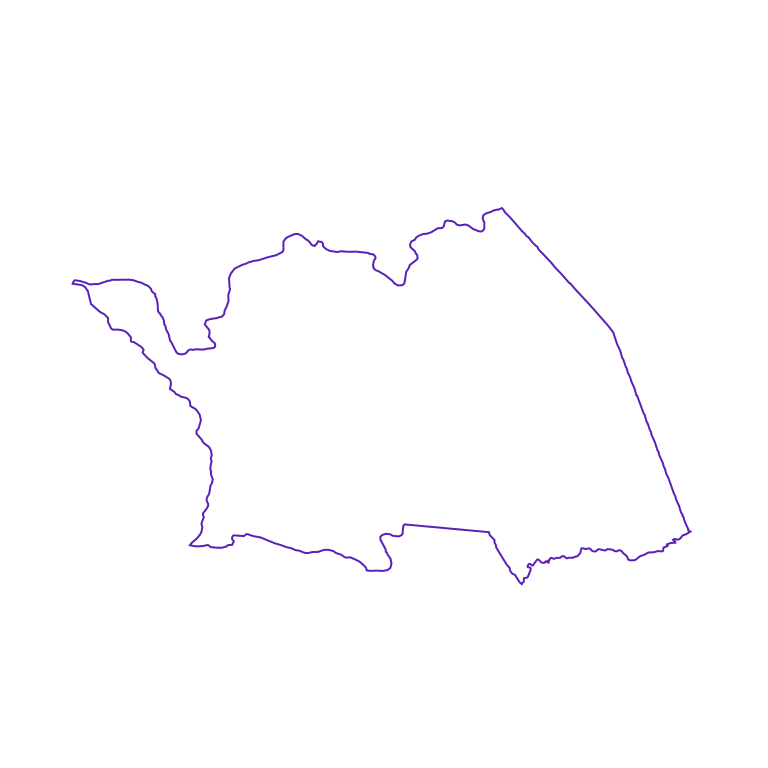 Los Amates, Izabal, Guatemala (Equal Earth projection), rotated 276°
{"feature_id": "79465075B97671971478727", "entity_name": "Los Amates", "entity_type": "district", "adm_level": 2, "iso_a3": "GTM", "parent_name": "Guatemala", "parent_adm1": "Izabal", "projection": "equal_earth", "projection_center": [-89.106, 15.292], "detail": "fine", "context": "isolated", "style": "outline", "palette": "violet", "viewbox_px": 768, "rotation_deg": 276, "n_neighbors": 0, "source": "geoboundaries", "source_scale": "gbopen_adm2", "svg_char_len": 6149}
<svg xmlns="http://www.w3.org/2000/svg" viewBox="0 0 768 768"><g transform="rotate(276 384 384)"><path d="M196.8,386.3L196.7,389.8L197.7,396.6L197.9,402.0L199.3,406.9L201.7,409.5L206.1,410.2L211.0,408.7L214.7,405.4L216.9,404.3L217.3,403.3L219.7,402.9L228.7,396.8L231.6,396.3L233.5,397.9L235.1,401.2L235.3,405.4L234.0,408.4L233.9,411.1L234.0,414.6L235.2,416.8L236.5,418.1L243.4,418.0L245.8,418.4L246.5,419.2L247.6,503.8L244.7,505.0L240.4,510.2L237.8,510.5L235.9,511.9L233.0,512.8L217.4,524.7L214.2,528.2L211.9,528.8L210.4,529.8L208.8,531.4L207.8,534.3L201.3,539.3L199.4,541.9L200.6,542.3L201.7,543.6L205.4,543.5L206.4,546.5L207.2,547.2L214.7,549.3L216.2,549.1L216.6,548.6L216.9,546.1L218.1,545.9L219.7,546.6L220.2,547.1L220.3,548.3L219.1,549.8L219.0,550.9L225.3,554.6L225.6,555.5L225.2,556.5L222.9,559.2L222.8,561.7L223.0,562.4L224.4,563.2L223.6,566.4L224.4,566.5L225.4,565.5L226.4,567.0L227.8,567.4L228.6,568.3L227.9,571.2L229.1,573.8L229.5,577.1L231.4,579.2L231.5,580.1L231.3,581.3L229.7,583.8L230.7,586.8L230.9,590.0L232.0,591.6L232.8,594.1L234.0,595.2L236.4,596.9L240.4,597.3L241.1,597.5L241.4,598.3L241.0,602.3L241.9,604.5L241.9,605.4L241.5,606.5L240.1,608.0L239.5,609.4L239.4,610.6L239.9,612.5L242.0,614.2L242.2,615.3L241.5,620.8L241.7,621.7L243.1,623.5L243.2,626.1L243.0,628.9L242.1,630.3L241.8,632.5L243.3,635.2L243.1,636.7L242.8,637.5L240.5,639.9L238.4,643.3L234.8,645.4L234.4,647.6L234.8,650.8L235.5,652.7L239.3,656.4L241.5,660.9L244.0,664.4L245.0,670.5L246.4,673.4L246.6,678.2L247.2,678.9L250.7,679.2L252.3,682.7L253.0,683.0L253.5,682.2L254.4,682.5L256.0,686.2L256.6,690.3L257.9,689.9L259.1,687.8L259.9,688.2L260.2,689.6L259.9,692.6L260.4,693.7L261.7,695.1L264.6,696.8L266.2,700.2L269.2,704.1L270.3,701.8L271.2,701.8L279.0,697.3L283.1,695.6L284.0,694.7L284.9,694.8L287.5,692.7L294.0,690.0L299.2,686.8L302.9,685.4L304.9,684.0L320.2,676.7L323.8,674.3L329.6,672.0L330.9,670.9L334.7,669.5L342.2,665.1L345.3,664.1L346.5,663.0L354.4,659.5L362.3,654.9L363.8,654.8L366.4,653.0L371.4,650.9L372.1,650.1L373.2,650.0L374.1,649.0L380.6,646.5L381.5,645.5L399.0,636.9L399.1,636.2L406.2,633.4L412.2,629.8L416.2,628.2L421.3,625.0L424.9,623.8L426.4,622.6L433.5,619.4L434.9,618.1L441.9,615.4L447.7,611.8L459.4,606.5L465.2,601.0L483.5,581.2L498.2,564.3L503.0,559.3L504.3,557.1L511.0,550.0L518.4,541.3L522.2,537.6L534.2,523.5L536.5,522.2L537.7,520.0L540.7,516.4L545.0,512.4L546.1,510.1L548.3,508.3L550.4,505.3L562.8,492.1L567.6,486.1L569.3,485.0L571.3,482.9L569.3,479.4L569.3,478.3L567.6,474.0L566.3,472.3L564.4,467.8L562.3,465.2L559.3,464.8L556.3,466.0L555.6,466.8L548.9,467.5L547.0,466.5L545.8,464.7L545.8,462.4L547.4,456.5L550.4,451.6L551.1,448.3L549.6,442.5L550.2,439.6L552.2,437.3L553.0,434.9L553.2,429.6L551.8,427.6L547.2,427.0L545.7,426.0L544.9,424.4L544.5,421.0L540.1,415.5L537.9,411.0L537.3,407.3L534.7,402.4L532.7,400.5L530.8,399.7L528.7,396.5L527.8,395.9L525.1,395.4L522.8,396.1L519.2,400.9L516.7,402.2L516.1,403.4L512.6,404.3L510.9,403.4L505.1,397.3L501.0,396.1L498.1,394.4L486.6,393.8L485.2,393.0L484.0,391.4L483.5,387.6L485.2,383.8L487.7,381.2L492.5,373.6L495.6,366.6L496.3,363.8L498.5,361.2L500.0,361.2L500.8,360.6L505.8,361.1L508.0,362.4L510.0,362.0L511.7,359.9L511.9,356.1L512.7,354.5L512.7,342.2L511.8,335.3L511.5,326.8L510.4,324.2L510.7,316.4L512.0,312.6L513.3,310.6L514.9,308.9L517.0,308.7L518.7,307.3L519.0,303.5L516.2,302.4L515.4,301.3L514.2,300.9L514.2,299.0L515.1,297.1L517.1,295.6L519.3,292.7L519.4,291.7L522.8,286.9L524.2,282.9L523.8,279.5L520.3,273.2L518.8,271.2L515.1,269.1L506.8,270.0L504.6,269.1L500.8,263.3L497.7,254.6L494.0,246.4L492.8,241.5L490.7,236.4L489.5,234.7L487.6,230.4L483.2,223.4L477.8,220.1L473.2,218.8L464.4,220.2L462.1,221.0L456.0,219.8L450.1,220.7L443.1,219.0L440.9,217.9L436.8,217.7L434.0,215.7L433.1,212.8L432.3,211.5L430.2,203.9L428.6,200.5L424.5,199.6L419.4,204.6L416.7,205.2L412.2,204.8L411.9,205.8L409.2,208.0L406.8,211.5L404.0,212.2L402.7,211.7L401.7,209.8L400.7,204.6L399.4,201.2L398.8,192.7L398.1,191.5L398.1,187.7L396.6,185.4L394.3,184.3L392.8,181.8L392.3,179.3L392.5,176.1L393.9,174.2L404.2,167.5L404.8,166.7L411.1,164.6L414.9,161.9L419.4,160.3L420.5,159.1L424.1,158.5L427.0,156.9L429.4,154.5L430.6,154.1L431.2,152.9L433.0,151.6L440.9,150.3L445.5,148.7L447.5,147.2L449.5,147.1L451.1,144.3L452.8,142.8L454.3,142.4L456.6,139.6L457.6,137.3L457.8,135.8L459.4,132.3L459.8,128.9L461.0,124.1L461.1,119.5L459.1,102.2L458.2,101.1L457.8,98.7L453.5,89.4L453.0,84.4L452.4,82.8L452.5,79.7L453.3,77.7L454.7,70.6L454.8,65.6L452.9,64.3L451.1,63.9L450.9,72.5L450.0,75.1L449.2,76.5L445.4,79.8L433.0,84.2L426.1,93.8L424.0,98.8L421.0,102.3L420.6,102.8L417.1,102.9L410.6,106.9L409.7,108.8L410.3,113.6L410.1,118.2L408.9,121.9L407.0,124.4L404.2,127.2L403.4,127.6L400.5,127.6L399.9,128.2L399.5,129.1L399.4,131.2L395.6,138.6L394.0,140.5L392.6,141.4L390.3,140.6L389.3,141.3L385.0,146.3L380.6,153.2L379.0,154.2L376.1,155.0L371.3,159.0L369.4,164.4L366.6,170.1L365.8,170.7L363.9,171.7L361.5,172.2L356.8,171.6L354.3,176.3L352.2,178.2L351.6,180.5L350.2,183.4L349.5,188.6L348.5,190.8L346.4,192.7L341.8,193.8L339.5,199.0L337.2,201.5L334.0,204.0L328.8,205.7L322.2,204.6L320.0,204.0L317.8,202.5L315.7,202.5L314.4,203.3L309.9,208.2L306.3,211.0L303.2,216.4L299.9,218.8L295.3,220.1L291.4,219.5L289.1,220.7L285.4,220.1L280.9,220.2L279.5,221.0L275.6,221.5L271.4,223.7L267.2,223.2L265.0,222.1L256.6,221.6L252.6,219.8L249.9,219.6L246.3,221.7L244.3,221.8L241.4,220.6L236.4,217.5L235.5,217.5L232.7,218.7L226.9,217.2L225.3,217.2L222.6,218.3L218.3,218.0L215.2,216.9L211.0,214.2L205.8,209.3L203.4,207.8L202.9,212.7L203.1,216.4L204.1,221.5L205.4,225.2L205.2,226.6L203.9,228.2L203.7,229.3L203.7,234.9L204.2,239.8L206.0,244.5L207.4,245.6L208.2,249.9L209.8,250.2L211.0,251.0L211.9,251.0L213.7,249.2L215.7,249.0L217.1,249.5L217.8,250.5L218.1,260.6L220.2,262.7L220.4,263.9L219.1,269.5L218.5,277.3L214.2,291.9L213.1,298.0L211.4,304.6L211.1,308.5L209.5,313.5L209.4,317.2L208.3,320.6L207.8,323.3L207.8,325.9L209.4,330.3L210.1,335.9L212.8,341.8L213.2,345.8L212.9,349.4L212.4,351.3L210.9,354.0L209.8,359.2L207.6,363.1L207.4,364.7L208.1,368.8L205.3,377.1L204.0,379.4L200.8,383.9L198.7,385.7L196.8,386.3Z" fill="none" stroke="#5b21b6" stroke-width="2"/></g></svg>